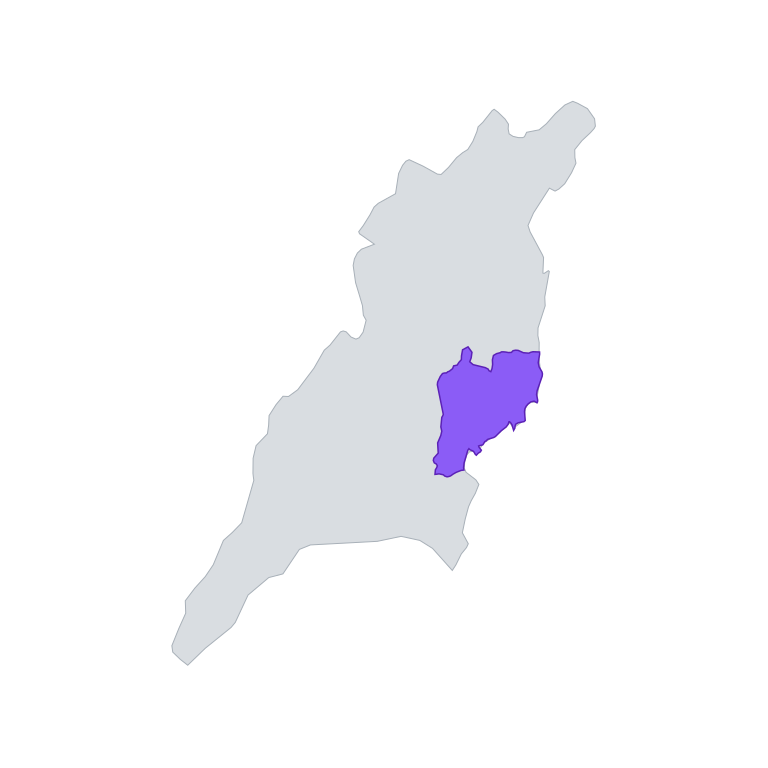 Samtskhe-Javakheti on a map of Georgia (Mercator projection), rotated 281°
{"feature_id": "GEO-3038", "entity_name": "Samtskhe-Javakheti", "entity_type": "Region", "adm_level": 1, "iso_a3": "GEO", "parent_name": "Georgia", "parent_adm1": "", "projection": "mercator", "projection_center": [43.25, 41.511], "detail": "fine", "context": "in_parent", "style": "filled", "palette": "violet", "viewbox_px": 768, "rotation_deg": 281, "n_neighbors": 0, "source": "natural_earth", "source_scale": "10m", "svg_char_len": 3780}
<svg xmlns="http://www.w3.org/2000/svg" viewBox="0 0 768 768"><g transform="rotate(281 384 384)"><path d="M394.7,537.7L394.9,535.4L394.1,531.7L391.2,529.1L387.1,527.4L379.7,528.0L372.8,526.3L367.8,521.7L366.7,518.1L369.6,515.2L367.5,512.8L358.9,507.1L344.8,492.9L336.8,489.7L333.7,480.8L330.5,478.9L323.8,478.0L316.7,478.9L315.2,479.9L313.0,481.4L307.4,492.5L303.5,496.3L294.0,494.5L286.1,491.9L279.6,490.4L267.1,489.5L252.9,489.3L243.3,497.2L239.2,496.2L231.9,492.3L220.2,489.1L214.0,486.6L231.9,463.0L237.3,449.0L237.5,440.5L237.7,429.8L228.3,407.5L220.3,375.7L212.0,342.5L205.5,332.5L178.3,321.0L172.0,307.8L150.9,290.8L121.6,283.5L115.8,280.3L90.4,258.9L70.5,245.0L74.8,236.6L80.5,227.8L86.6,225.7L104.6,229.2L121.2,233.1L133.3,230.3L147.6,237.3L160.8,245.3L174.0,250.9L199.8,256.2L209.4,263.5L220.6,270.8L264.6,274.6L268.1,273.4L271.3,272.4L286.1,269.7L299.1,270.2L312.9,279.1L321.7,278.6L331.1,277.2L343.2,282.0L352.7,287.2L353.5,292.6L361.9,300.4L386.1,312.2L405.8,318.9L411.9,323.6L426.8,331.3L428.3,333.8L428.0,336.9L423.8,342.7L422.7,347.9L424.7,350.8L430.9,353.6L443.2,354.3L447.6,350.6L456.8,347.9L465.9,343.2L478.0,336.8L494.5,331.1L501.2,331.1L507.5,332.9L512.0,336.1L519.4,347.9L526.8,331.3L528.7,330.1L535.5,333.4L547.5,338.0L555.8,340.5L560.3,343.9L573.0,359.0L593.5,358.2L602.2,360.5L606.9,363.0L609.0,365.9L605.3,380.8L600.2,396.4L600.6,400.1L608.9,406.0L620.1,412.1L626.1,417.1L630.2,421.5L639.0,424.9L649.4,427.0L654.4,427.3L659.6,431.0L673.0,438.0L674.7,439.7L672.5,444.2L667.1,452.4L662.8,456.6L658.1,457.2L653.4,459.1L651.7,463.4L651.5,469.1L652.3,473.1L653.5,474.7L658.3,476.0L663.1,487.8L670.5,493.8L682.1,500.6L692.4,508.3L697.5,515.4L696.5,520.5L693.1,531.2L684.5,540.1L677.4,542.3L674.8,541.5L670.1,538.7L660.7,531.9L650.5,526.5L642.6,528.2L637.4,530.3L627.2,527.8L615.1,523.2L608.8,518.5L606.0,515.1L607.8,509.0L580.4,498.1L567.1,495.1L561.2,498.4L541.0,514.9L538.6,516.5L523.2,518.8L523.1,520.1L526.6,523.7L526.0,524.8L500.1,525.2L491.5,527.3L468.5,524.5L460.9,525.8L454.4,528.4L438.7,531.3L427.8,534.8L413.9,536.6L399.6,536.7L394.7,537.7Z" fill="#d9dde1" stroke="#a8b0b8" stroke-width="1"/><path d="M337.6,492.2L335.8,491.6L334.1,489.7L331.7,488.2L332.4,487.0L334.3,485.4L335.0,484.5L335.4,483.4L335.6,482.1L335.9,480.9L336.7,479.7L334.9,478.9L321.8,477.7L317.0,478.1L315.2,478.7L314.8,478.9L313.9,476.2L311.1,471.8L308.9,469.2L306.5,466.9L305.6,465.4L304.9,463.6L305.2,461.2L306.2,459.6L306.3,455.2L305.4,452.6L305.0,451.3L309.6,450.8L311.7,451.6L313.8,452.0L315.4,450.7L316.2,448.4L318.3,447.0L320.7,447.0L326.5,450.4L336.4,447.9L344.4,449.6L348.7,449.7L352.7,448.0L362.3,447.1L363.9,447.7L365.5,448.0L393.4,436.5L396.1,436.3L402.1,437.8L405.4,439.4L406.3,441.1L406.8,443.2L408.1,444.2L409.0,445.7L412.2,448.4L415.1,448.9L416.5,452.2L419.5,453.4L422.7,455.3L426.3,454.7L432.6,454.6L436.5,459.4L431.9,464.3L426.3,464.6L422.2,463.9L420.0,467.8L419.4,480.3L418.5,483.4L417.1,484.5L416.5,486.5L419.8,487.1L423.9,486.9L428.4,485.8L432.9,486.0L435.3,488.7L437.0,492.3L437.9,493.0L438.3,494.7L438.6,497.4L438.6,500.1L439.3,503.0L441.3,504.3L442.3,506.7L442.6,509.3L441.3,514.8L441.9,520.3L443.2,522.1L444.1,524.1L445.1,530.6L443.0,531.1L434.4,531.3L430.4,533.0L426.0,536.8L424.2,537.6L421.9,537.8L406.6,535.6L402.6,535.8L397.6,537.9L396.6,538.1L395.7,538.1L394.8,537.8L395.8,534.6L394.5,531.6L392.0,529.3L389.4,527.8L386.5,527.0L383.7,527.2L375.1,529.6L373.8,528.6L371.5,523.1L369.6,520.9L367.8,520.7L365.7,520.9L363.2,520.1L368.2,517.5L369.6,516.3L370.9,514.5L370.8,513.9L368.0,513.5L365.1,512.1L360.6,508.1L353.7,503.4L352.4,501.9L349.6,496.6L348.8,495.8L348.0,495.5L347.5,495.0L347.2,494.4L346.6,493.9L343.8,492.9L343.1,492.5L342.4,491.1L341.8,489.6L341.2,488.7L339.9,489.5L337.6,492.2Z" fill="#8b5cf6" stroke="#5b21b6" stroke-width="1.5"/></g></svg>